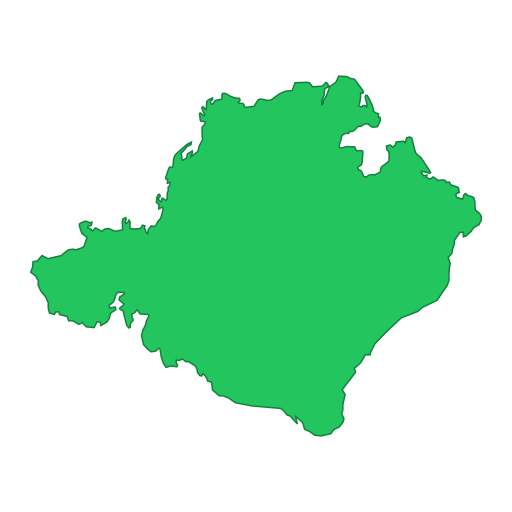 outline of Paata, Federated States of Micronesia, rotated 180°
{"feature_id": "79324940B20321408060420", "entity_name": "Paata", "entity_type": "district", "adm_level": 2, "iso_a3": "FSM", "parent_name": "Federated States of Micronesia", "parent_adm1": "", "projection": "robinson", "projection_center": [151.585, 7.375], "detail": "fine", "context": "isolated", "style": "filled", "palette": "green", "viewbox_px": 512, "rotation_deg": 180, "n_neighbors": 0, "source": "geoboundaries", "source_scale": "gbopen_adm2", "svg_char_len": 6077}
<svg xmlns="http://www.w3.org/2000/svg" viewBox="0 0 512 512"><g transform="rotate(180 256 256)"><path d="M457.6,197.6L456.2,200.1L453.2,200.2L452.4,197.4L445.0,195.6L443.3,191.2L439.1,191.2L433.2,187.7L431.0,188.5L429.7,189.5L425.8,185.2L417.9,184.4L414.9,190.3L411.9,189.9L411.1,186.4L405.1,190.0L402.8,193.4L401.5,198.7L396.1,202.5L396.6,205.0L402.2,204.1L403.0,206.8L398.7,209.8L397.4,212.9L395.9,217.7L394.0,219.7L387.9,219.5L387.5,218.2L392.2,215.1L393.0,212.1L388.2,208.1L388.3,207.2L392.5,203.7L391.9,202.6L389.0,201.2L385.4,187.0L383.3,184.1L381.8,184.6L381.7,186.6L381.3,189.0L378.7,191.9L380.1,195.3L380.0,198.1L377.5,199.1L374.7,202.3L372.0,198.1L363.8,197.5L363.1,196.0L365.6,191.1L366.5,186.9L369.3,181.6L370.5,176.2L368.5,167.5L364.3,162.8L360.9,160.2L356.5,160.8L352.8,163.9L351.9,162.8L350.8,155.3L348.5,148.5L345.9,144.6L341.3,146.1L335.1,145.2L334.4,146.8L335.8,149.4L335.8,151.9L332.8,151.7L329.3,152.9L326.3,150.4L323.3,150.3L316.5,145.9L314.9,142.5L314.5,139.6L312.2,136.4L310.4,136.0L309.0,138.4L306.5,135.7L305.1,133.5L304.5,131.0L300.4,129.8L299.5,122.0L292.9,116.3L288.8,116.1L283.1,113.8L276.7,109.3L260.4,106.1L231.3,103.6L230.3,102.7L228.3,101.3L224.9,97.0L221.7,95.9L214.6,88.0L215.5,91.4L216.2,95.5L209.8,89.8L208.7,87.6L207.4,82.6L202.6,80.6L197.0,76.7L190.7,76.1L181.2,78.3L177.9,82.6L172.7,85.0L169.4,89.2L169.0,90.1L168.0,93.3L170.4,98.4L169.2,101.7L169.1,107.6L166.9,117.4L169.8,122.3L163.0,131.1L156.4,139.8L157.7,143.5L151.3,149.3L146.6,157.2L141.9,157.1L141.4,159.8L137.1,168.2L126.3,179.5L110.7,194.2L94.3,200.5L89.6,204.6L74.8,211.8L70.0,219.0L64.8,226.6L62.9,231.8L63.1,235.3L63.0,239.2L62.7,243.5L61.8,248.4L63.8,254.6L60.2,258.5L59.2,263.7L57.6,267.9L57.5,271.7L52.1,279.6L48.6,279.7L48.6,275.2L45.8,276.1L40.8,280.7L38.5,284.2L36.8,285.3L33.0,287.3L31.8,290.0L30.9,291.0L30.7,293.5L30.8,295.8L32.2,298.3L33.6,299.7L35.5,301.0L36.7,302.3L37.0,304.7L37.1,310.1L38.1,314.1L39.8,315.2L41.4,315.7L44.5,316.8L46.6,318.5L48.4,316.7L48.6,314.9L49.9,312.7L53.2,314.1L54.6,314.1L55.7,314.9L56.0,316.2L56.0,317.9L54.9,318.8L52.6,319.5L53.2,321.8L53.5,324.3L54.6,324.9L57.4,325.9L61.2,327.1L62.6,330.0L65.4,329.5L66.8,331.6L69.4,332.2L73.7,331.4L75.8,333.1L78.9,335.1L80.4,333.8L82.7,332.9L85.8,334.9L84.9,336.8L88.6,336.3L91.0,339.9L90.1,340.6L86.4,339.9L82.2,338.7L81.5,339.2L81.8,340.3L82.8,342.0L87.8,349.6L91.2,354.5L95.6,358.2L96.6,359.7L100.3,374.1L102.6,375.0L105.3,374.2L106.9,369.2L108.5,370.8L115.9,370.0L116.6,367.0L119.1,364.9L120.5,366.0L121.9,367.0L125.6,366.0L125.3,362.8L123.3,360.3L122.8,357.5L123.0,351.3L125.0,349.1L127.7,347.2L130.3,345.3L131.2,343.6L131.8,339.9L137.1,337.2L140.7,337.4L143.5,336.7L145.3,335.1L147.4,335.2L148.6,336.0L149.0,337.6L150.6,340.9L152.0,341.8L153.8,342.5L154.4,344.9L150.8,346.9L150.0,348.8L149.3,356.7L149.2,360.9L151.8,361.5L155.3,361.1L156.0,362.0L156.7,363.2L157.2,365.1L165.0,365.5L171.4,363.9L172.1,364.3L172.8,364.9L172.3,368.4L171.2,371.6L170.4,375.7L168.5,377.7L165.9,378.7L163.4,378.6L162.4,380.4L159.4,380.7L157.7,381.7L153.9,385.6L151.1,385.7L147.4,388.0L144.1,388.2L140.4,385.1L138.2,384.8L134.6,385.3L131.9,390.8L131.7,393.8L132.2,394.8L133.5,394.5L133.6,398.3L135.9,399.0L138.8,400.8L138.4,402.4L140.0,406.9L142.1,411.8L144.7,416.5L146.2,416.7L146.7,415.7L146.7,414.6L145.7,410.5L145.0,406.8L145.4,404.9L146.8,406.3L147.7,406.5L149.2,406.4L150.1,404.9L151.9,405.6L153.5,406.4L152.2,409.2L151.4,415.3L151.4,418.8L149.2,418.8L148.5,420.3L150.2,422.9L157.5,432.8L161.5,433.5L165.1,435.4L173.3,435.9L175.2,431.5L176.5,429.4L179.5,427.2L182.2,425.9L183.2,422.5L184.4,419.4L185.4,416.5L188.6,411.1L188.9,408.3L190.1,407.3L190.3,409.2L190.2,410.7L189.2,413.8L188.0,416.5L187.3,423.2L184.0,425.0L183.7,426.5L184.4,428.6L186.1,429.5L189.6,425.9L199.5,425.2L202.6,429.3L205.2,429.7L216.9,429.3L219.9,421.4L225.8,420.9L228.2,420.1L232.6,418.1L241.3,411.8L245.5,411.7L248.8,412.6L251.3,413.0L253.2,412.6L254.4,411.3L258.0,405.7L266.2,404.6L267.4,405.3L268.3,407.8L269.0,408.4L273.2,408.9L273.8,409.6L271.9,411.5L272.5,413.6L277.0,414.1L280.7,415.3L286.4,418.5L289.1,418.8L290.1,417.1L290.0,413.5L290.8,412.7L296.6,411.6L299.8,407.6L301.3,408.3L301.4,410.0L301.3,411.2L299.4,412.4L299.5,414.1L303.5,412.2L305.3,410.4L305.5,406.3L305.9,402.4L309.1,405.3L310.3,404.1L308.8,400.2L307.1,397.2L307.7,396.2L309.8,397.4L311.1,398.9L311.9,399.0L312.5,398.2L311.7,391.8L311.3,390.9L306.8,390.3L307.1,387.7L309.9,384.9L310.0,380.8L309.5,372.3L312.9,365.7L314.1,360.5L321.1,355.3L319.5,359.8L319.7,361.0L324.6,358.1L325.4,353.8L329.5,351.7L330.1,352.3L330.1,354.8L330.9,358.9L328.6,360.9L324.7,365.8L321.1,367.2L320.6,369.9L324.9,367.7L331.5,362.0L335.5,358.4L337.5,355.9L338.5,352.1L339.0,345.6L339.7,344.6L341.1,344.9L342.4,344.9L343.4,343.1L346.2,334.8L346.2,333.1L344.4,332.5L344.7,328.7L342.0,329.5L342.0,327.0L342.7,326.0L343.6,325.2L343.9,324.3L343.7,321.2L344.6,319.4L344.9,316.4L344.7,313.2L346.3,311.7L348.5,313.4L349.9,313.8L350.4,311.9L350.6,310.4L351.5,310.4L352.6,311.5L353.8,313.1L351.9,315.4L351.9,316.7L352.8,317.8L353.9,317.2L355.1,314.5L355.6,309.4L353.1,307.6L353.2,303.1L350.7,304.4L349.6,304.8L348.9,303.0L349.2,300.8L351.3,293.9L354.8,289.5L355.7,287.0L358.0,285.4L360.7,286.2L363.7,282.5L364.4,278.4L366.0,279.9L366.7,282.5L367.6,283.6L367.1,286.2L369.6,286.8L370.8,284.5L372.6,283.2L380.0,283.1L382.2,283.8L381.9,290.0L383.0,291.9L384.4,289.6L386.1,288.4L386.9,290.0L385.8,292.8L386.2,294.4L389.0,293.1L389.7,290.7L389.4,282.2L396.8,280.7L403.5,283.5L406.5,283.1L408.4,282.3L410.2,280.4L411.6,281.4L416.3,284.1L417.7,283.0L419.1,281.2L420.5,281.7L420.9,282.7L422.3,283.6L424.3,284.2L424.0,285.9L420.8,286.4L420.1,289.8L421.7,289.2L426.5,290.9L431.1,289.1L432.7,287.9L432.5,285.6L430.6,279.9L429.7,278.2L425.0,274.6L428.1,265.4L430.0,264.2L436.1,262.2L438.9,262.8L443.2,262.3L445.1,261.1L446.9,259.7L450.9,256.4L464.0,253.3L470.0,256.5L474.6,251.1L479.0,250.3L479.3,245.3L481.3,239.7L476.0,235.8L475.4,234.0L473.6,231.4L473.9,227.0L471.2,221.0L466.2,214.9L463.7,209.1L463.8,205.9L463.6,202.8L462.5,198.9L457.6,197.6Z" fill="#22c55e" stroke="#15803d" stroke-width="1.5"/></g></svg>